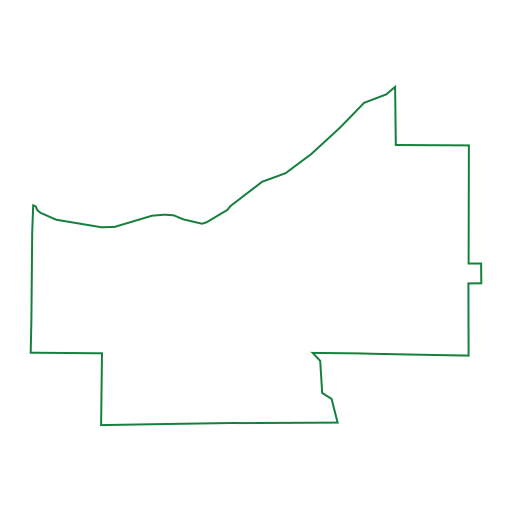 outline of Cuyahoga, Ohio, United States of America
{"feature_id": "52423323B65833811425835", "entity_name": "Cuyahoga", "entity_type": "district", "adm_level": 2, "iso_a3": "USA", "parent_name": "United States of America", "parent_adm1": "Ohio", "projection": "natural_earth1", "projection_center": [-81.685, 41.453], "detail": "fine", "context": "isolated", "style": "outline", "palette": "green", "viewbox_px": 512, "rotation_deg": 0, "n_neighbors": 0, "source": "geoboundaries", "source_scale": "gbopen_adm2", "svg_char_len": 801}
<svg xmlns="http://www.w3.org/2000/svg" viewBox="0 0 512 512"><path d="M247.0,423.1L257.9,423.0L318.4,422.7L337.6,422.6L331.6,398.9L322.2,393.0L320.2,360.9L312.7,352.9L359.2,353.4L373.4,353.8L424.3,354.8L468.6,355.6L468.4,283.4L481.3,283.3L481.1,263.5L468.6,263.5L468.9,145.4L395.8,145.0L395.6,127.8L395.1,86.9L386.2,94.4L364.1,102.8L348.9,118.5L339.2,128.4L311.3,154.0L285.7,173.1L273.5,177.6L262.2,181.7L230.5,206.0L227.9,209.2L227.4,209.9L206.4,222.4L201.9,223.7L183.9,219.5L183.7,219.5L173.6,215.3L164.6,214.7L164.4,214.7L152.0,215.7L132.7,221.5L116.6,226.3L114.7,226.9L101.7,227.3L56.1,219.7L40.5,212.8L37.4,210.3L35.7,206.4L33.2,205.4L32.2,232.4L31.4,319.1L30.7,352.7L102.0,353.3L101.1,425.1L130.5,424.6L154.1,424.2L231.8,423.0L247.0,423.1Z" fill="none" stroke="#15803d" stroke-width="2"/></svg>